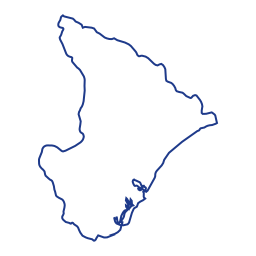 an SVG outline of Sergipe
{"feature_id": "BRA-629", "entity_name": "Sergipe", "entity_type": "State", "adm_level": 1, "iso_a3": "BRA", "parent_name": "Brazil", "parent_adm1": "", "projection": "robinson", "projection_center": [-37.484, -10.548], "detail": "fine", "context": "isolated", "style": "outline", "palette": "blue", "viewbox_px": 256, "rotation_deg": 0, "n_neighbors": 0, "source": "natural_earth", "source_scale": "10m", "svg_char_len": 4257}
<svg xmlns="http://www.w3.org/2000/svg" viewBox="0 0 256 256"><path d="M217.0,123.0L215.8,123.7L212.2,125.0L209.5,125.3L207.6,125.8L206.2,126.4L204.4,127.5L200.7,128.3L200.2,128.7L199.2,130.2L198.7,130.6L197.4,131.0L182.1,141.8L169.0,152.8L164.2,159.8L163.2,163.0L161.7,165.4L156.8,170.8L155.8,172.3L155.3,174.0L155.2,176.3L154.7,177.8L147.6,190.6L146.2,191.8L145.3,191.3L145.4,190.2L145.8,189.0L145.9,188.0L145.4,187.3L144.9,187.1L144.3,186.8L143.9,185.8L143.2,185.8L142.6,187.3L141.7,186.1L140.2,182.7L139.6,182.2L135.5,180.3L134.6,180.1L134.3,179.6L133.6,179.7L133.0,180.4L132.7,181.6L132.9,182.5L133.4,183.8L134.0,185.0L134.6,185.8L135.2,185.9L135.9,185.7L136.7,185.6L137.6,186.1L138.4,186.8L139.1,187.4L140.6,188.0L140.6,188.8L138.9,188.0L138.2,188.6L138.6,189.6L139.9,190.3L140.8,190.1L141.2,189.4L141.4,188.9L141.9,188.8L142.9,189.3L143.6,189.9L143.7,190.7L143.2,191.8L143.8,192.9L143.7,196.7L144.5,198.6L144.5,197.9L145.2,198.6L142.9,200.3L140.3,201.6L138.1,203.2L137.2,205.8L136.8,206.7L135.8,207.3L134.7,207.9L134.0,208.5L133.5,209.3L131.9,212.9L129.0,222.7L127.6,224.3L123.3,225.3L122.0,225.0L121.8,224.1L122.4,223.0L122.4,222.2L120.6,222.0L123.3,217.9L123.9,216.6L124.5,213.7L124.9,212.7L126.0,211.3L130.0,207.7L131.0,206.4L131.5,205.9L133.2,205.4L131.9,204.0L131.7,200.8L130.6,199.4L130.2,202.1L130.2,203.4L130.6,204.6L130.0,204.6L128.2,200.9L127.0,198.9L126.3,198.2L125.9,200.4L128.6,205.4L128.7,207.7L128.1,206.9L126.0,205.4L126.1,206.7L126.5,207.4L127.0,208.0L127.3,208.8L127.0,209.9L126.4,210.2L125.5,210.2L124.6,210.6L123.6,211.7L122.8,212.9L121.3,215.9L120.1,221.5L119.4,222.7L118.0,222.6L117.3,220.8L116.7,216.6L116.4,218.1L115.8,218.8L115.0,218.6L114.1,217.4L115.0,221.1L115.6,222.4L116.6,223.5L120.7,225.2L121.3,226.1L120.3,229.8L117.8,232.2L114.8,233.9L112.0,234.8L112.8,235.1L107.0,237.4L104.1,237.5L98.2,235.4L96.6,237.8L95.7,239.6L94.6,240.6L93.7,240.6L92.2,239.3L87.8,238.2L85.7,237.4L82.5,235.7L80.3,232.6L79.0,229.9L78.2,227.8L77.3,226.5L76.4,225.8L75.3,225.1L74.0,224.2L73.0,223.0L72.2,222.7L71.5,223.1L71.0,223.6L70.3,223.6L69.8,223.1L68.8,222.8L65.8,222.0L63.8,220.3L62.9,219.4L62.3,218.3L62.2,217.3L62.3,216.3L62.8,215.6L63.7,213.6L63.5,211.5L64.4,207.7L64.7,205.5L64.6,204.1L64.0,202.1L63.4,200.9L62.8,200.1L62.5,199.7L61.5,199.1L58.9,197.8L56.6,196.3L56.0,195.4L55.1,191.6L54.4,189.6L53.9,186.2L52.8,182.5L52.1,181.0L51.2,180.2L50.1,179.7L48.3,178.2L47.8,177.7L45.6,175.7L45.1,174.4L44.5,171.4L42.9,169.5L41.7,168.5L40.1,166.6L39.4,165.1L39.1,163.8L39.0,160.8L39.0,159.5L39.3,158.3L41.8,152.1L42.4,149.0L42.8,148.2L43.3,147.4L44.2,146.5L45.3,145.9L46.4,145.5L47.6,145.4L52.1,145.5L54.2,145.9L55.2,146.3L57.3,147.4L61.6,150.9L62.5,151.3L63.1,151.4L65.5,150.7L75.2,145.9L80.6,142.3L81.9,141.0L82.9,139.6L83.4,138.3L83.8,136.8L83.6,135.6L83.3,134.6L82.8,133.7L80.8,132.4L80.2,131.6L79.8,130.5L79.6,129.3L79.7,128.2L80.3,124.6L80.7,121.3L78.6,114.2L78.8,113.1L79.2,111.6L79.8,110.7L80.7,108.2L81.4,107.3L82.1,106.1L82.8,104.4L83.6,101.2L84.7,90.6L84.5,85.9L84.7,80.0L84.5,78.5L83.9,76.5L80.0,70.0L79.2,69.2L78.5,68.5L77.2,67.6L72.5,62.1L72.0,61.0L72.0,59.9L72.2,58.8L72.2,57.8L71.6,57.2L69.5,56.6L68.2,56.0L66.9,54.8L66.2,53.6L62.5,44.1L60.2,39.7L59.8,38.4L59.7,37.4L60.2,36.5L60.7,35.7L61.2,34.7L62.2,31.5L63.3,29.5L63.4,28.8L63.0,28.1L62.5,27.9L60.7,27.5L59.8,27.2L58.7,26.4L58.3,25.3L58.3,24.1L58.6,23.0L59.1,22.0L60.2,20.2L60.5,19.2L60.9,17.5L61.1,17.0L61.5,16.5L62.9,15.4L64.1,16.4L72.8,18.6L74.2,19.8L75.6,21.5L78.6,22.8L81.6,24.7L82.8,27.7L85.0,26.9L91.7,27.7L94.1,28.5L96.8,32.2L99.6,33.6L104.7,37.5L106.9,38.4L109.3,39.0L111.8,39.1L114.1,38.3L117.3,40.2L124.9,42.5L128.7,44.3L130.9,46.0L135.6,51.5L136.3,52.5L137.1,54.4L137.6,55.3L138.8,56.2L139.8,56.2L140.9,55.8L142.0,55.7L145.6,56.6L148.2,58.2L153.9,63.7L155.6,64.9L157.6,65.4L159.5,64.4L161.3,63.9L163.1,65.2L164.5,67.3L165.3,69.2L165.9,78.8L166.3,80.7L167.6,81.6L171.2,82.9L172.6,84.0L174.1,85.9L175.3,88.1L175.8,90.0L176.7,91.2L178.8,91.9L182.5,92.7L183.7,93.6L186.3,96.1L190.0,97.8L190.8,98.0L191.4,97.7L193.1,95.8L195.1,95.1L196.5,95.5L200.0,100.0L201.1,101.9L202.0,104.2L202.4,106.4L201.7,110.5L201.7,112.9L202.7,113.9L206.1,113.8L211.7,112.4L212.5,112.9L214.7,114.6L215.3,115.6L216.4,120.6L217.0,123.0Z" fill="none" stroke="#1e3a8a" stroke-width="2"/></svg>